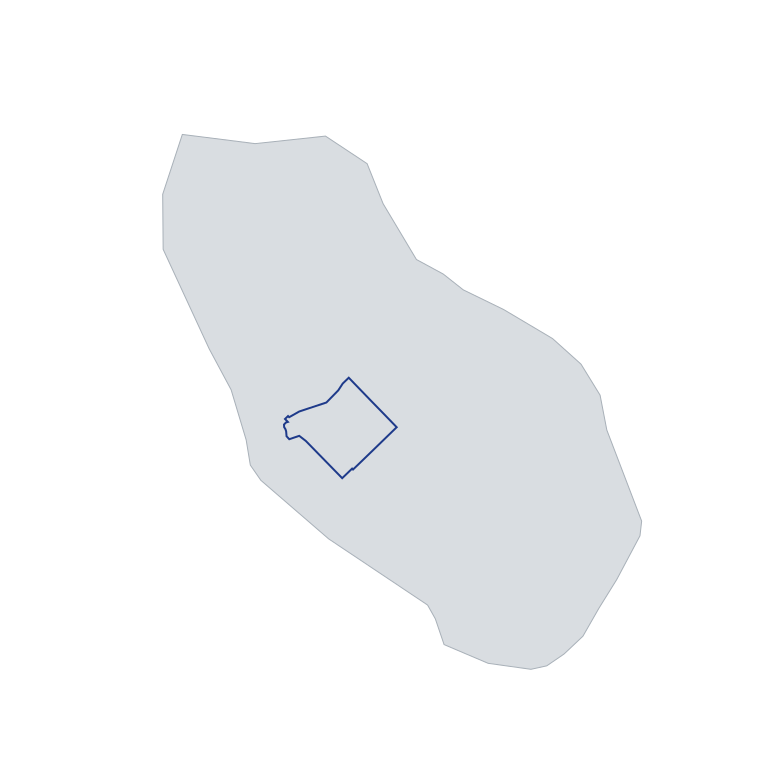 85, Ar Rayyān, Qatar shown in context, rotated 316°
{"feature_id": "91078587B12839905472934", "entity_name": "85", "entity_type": "district", "adm_level": 2, "iso_a3": "QAT", "parent_name": "Qatar", "parent_adm1": "Ar Rayyān", "projection": "albers", "projection_center": [50.97, 25.364], "detail": "fine", "context": "in_parent", "style": "outline", "palette": "blue", "viewbox_px": 768, "rotation_deg": 316, "n_neighbors": 0, "source": "geoboundaries", "source_scale": "gbopen_adm2", "svg_char_len": 970}
<svg xmlns="http://www.w3.org/2000/svg" viewBox="0 0 768 768"><g transform="rotate(316 384 384)"><path d="M415.7,686.3L382.8,694.6L351.9,703.6L326.0,703.3L305.3,699.8L291.5,691.3L264.9,657.3L246.2,613.2L257.8,588.6L261.8,573.3L236.6,457.0L228.5,367.8L231.5,349.5L246.0,328.5L270.0,282.0L282.7,237.2L318.7,133.7L356.6,93.8L412.3,64.4L458.2,121.5L514.1,165.0L524.9,213.8L508.6,253.7L493.8,317.0L503.0,346.1L506.4,371.3L521.8,413.6L536.8,468.4L539.5,506.6L531.7,542.1L512.3,571.9L474.1,661.6L462.7,671.0L415.7,686.3Z" fill="#d9dde1" stroke="#a8b0b8" stroke-width="1"/><path d="M288.5,422.7L302.3,422.7L302.3,424.0L324.6,424.0L363.1,423.9L363.1,406.7L363.0,386.3L363.0,355.0L354.6,355.0L346.7,356.8L329.7,357.3L312.7,349.1L303.9,344.9L292.7,342.0L292.7,340.4L288.5,340.4L288.5,344.5L286.7,343.6L283.9,343.7L282.2,345.7L281.7,348.1L280.7,350.1L278.5,352.8L277.6,353.9L277.5,357.9L287.0,362.4L288.2,370.6L288.5,422.7Z" fill="none" stroke="#1e3a8a" stroke-width="2"/></g></svg>